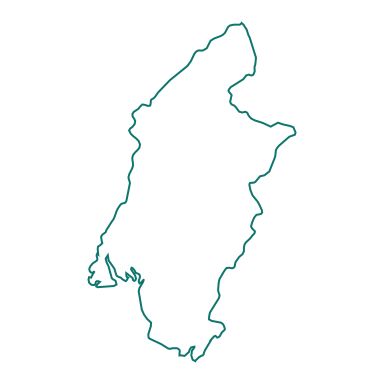 an SVG outline of Sud-Ouest
{"feature_id": "CMR-799", "entity_name": "Sud-Ouest", "entity_type": "Province", "adm_level": 1, "iso_a3": "CMR", "parent_name": "Cameroon", "parent_adm1": "", "projection": "albers", "projection_center": [9.217, 5.228], "detail": "fine", "context": "isolated", "style": "outline", "palette": "teal", "viewbox_px": 384, "rotation_deg": 0, "n_neighbors": 0, "source": "natural_earth", "source_scale": "10m", "svg_char_len": 4012}
<svg xmlns="http://www.w3.org/2000/svg" viewBox="0 0 384 384"><path d="M235.2,24.7L239.8,24.7L241.4,23.4L241.6,23.0L243.5,24.7L246.7,29.7L248.4,35.1L249.7,37.6L256.0,57.7L255.3,64.4L254.5,67.1L254.7,71.3L253.9,73.5L253.0,75.0L251.7,75.4L250.2,75.2L249.0,74.6L246.3,75.4L243.3,79.2L230.8,87.1L229.1,89.2L228.5,90.8L228.9,91.7L229.0,92.0L229.3,92.3L229.5,92.5L230.3,93.3L231.6,95.1L230.2,101.5L230.7,103.3L231.8,104.5L233.2,105.1L234.5,105.8L235.9,107.3L239.1,111.6L242.1,112.5L245.4,111.8L246.7,112.4L247.5,113.2L248.5,115.4L249.7,117.0L251.3,118.6L255.1,120.5L262.7,122.9L270.7,126.6L278.0,122.7L282.9,124.4L289.4,125.8L293.3,127.2L295.5,132.3L295.4,133.2L294.9,134.7L289.2,136.8L279.1,145.6L277.0,148.1L275.9,150.2L275.3,155.9L274.6,158.2L269.3,171.5L264.4,175.3L260.0,176.3L255.5,181.7L254.0,182.6L252.4,182.8L251.1,182.8L250.0,183.0L249.4,184.2L249.5,185.5L250.5,190.3L252.6,195.5L257.5,201.5L259.3,204.6L261.8,210.1L262.2,212.5L260.9,214.0L256.4,214.9L254.2,217.6L252.5,221.5L251.5,224.7L251.1,226.6L252.0,228.3L254.9,231.3L254.7,232.8L253.8,234.1L252.5,235.4L250.1,238.5L246.0,242.3L244.6,244.4L244.1,246.4L243.9,247.8L243.9,251.2L242.5,254.2L239.1,257.0L235.5,262.2L234.6,266.6L233.7,267.7L232.5,268.2L231.5,268.2L229.8,267.8L226.8,267.9L225.8,268.8L223.8,271.7L219.6,278.9L218.7,282.5L218.1,289.9L218.4,291.8L219.6,295.4L218.9,298.1L210.0,312.4L209.2,316.0L209.0,319.4L211.7,320.9L220.8,322.6L222.6,323.8L223.6,325.1L224.7,328.1L224.8,329.5L224.0,330.5L222.3,332.0L221.4,333.2L220.0,335.9L218.9,336.9L218.0,337.4L217.2,337.6L215.5,335.9L214.0,336.4L210.4,340.5L210.7,340.9L210.3,341.4L205.2,349.9L203.8,353.1L203.6,354.4L203.3,354.9L202.9,355.3L201.6,355.7L199.3,357.0L195.1,360.9L195.1,361.0L192.7,359.8L191.3,355.4L192.0,350.6L194.4,347.5L194.4,346.7L191.2,347.4L189.7,349.6L189.0,351.9L184.6,355.9L180.7,355.3L179.5,355.5L179.5,353.1L179.8,351.3L179.4,349.8L177.6,348.4L176.1,348.2L173.8,348.2L171.5,348.4L170.2,348.9L168.2,348.5L161.3,344.2L150.1,338.9L148.6,337.8L148.3,334.2L150.8,326.4L151.1,322.7L147.2,319.0L144.1,314.7L141.8,309.7L138.7,291.3L139.4,288.1L142.8,282.4L144.0,279.3L141.1,282.5L139.5,283.4L138.7,281.5L139.0,280.0L139.6,278.4L140.0,276.7L139.6,274.9L138.6,273.9L135.8,272.9L134.8,270.8L133.8,269.4L132.6,268.1L131.6,267.7L131.1,269.4L135.1,275.5L136.0,278.4L135.3,280.4L134.1,280.9L133.0,280.0L132.6,278.0L126.3,273.1L126.3,274.8L126.4,276.1L127.0,277.1L128.2,277.6L126.4,280.7L125.9,281.1L125.0,280.8L122.5,279.3L121.9,278.8L121.0,277.7L118.8,277.0L116.7,275.8L115.8,273.5L114.4,268.7L108.6,260.4L107.8,255.3L105.7,258.6L106.6,262.3L108.5,266.2L111.8,278.2L112.9,279.3L114.4,280.0L115.7,281.1L116.5,284.5L113.8,286.0L97.7,287.2L96.3,286.5L96.9,284.9L98.5,283.1L99.9,281.9L98.4,281.2L96.9,281.2L95.9,281.9L95.1,284.6L94.1,285.1L92.6,285.0L91.1,284.6L89.1,282.6L88.5,279.5L89.1,277.2L91.1,277.6L91.8,275.9L94.6,271.3L92.8,272.6L91.2,272.6L89.9,271.5L89.3,269.4L89.6,267.7L90.6,266.0L92.8,263.3L96.6,260.8L97.3,259.7L97.3,258.2L96.8,256.6L96.6,255.1L97.3,253.5L98.2,254.4L97.7,249.3L98.0,246.7L99.5,245.6L100.0,245.4L102.3,243.2L101.8,241.4L101.5,239.6L101.1,236.8L102.2,234.8L105.7,232.2L106.5,229.9L111.6,221.9L113.5,219.2L114.7,216.6L116.6,211.0L117.4,209.3L119.9,205.4L121.2,204.0L122.6,203.4L124.1,203.1L125.5,202.5L126.4,200.8L129.9,183.3L129.7,181.9L128.7,178.8L128.5,177.1L129.4,173.9L132.1,168.5L133.0,165.6L132.9,162.8L132.5,160.3L132.3,157.8L133.1,155.0L135.0,152.5L137.4,150.2L139.4,147.7L140.0,144.5L138.7,141.1L136.2,138.5L133.4,136.3L130.8,133.8L129.1,130.5L130.1,128.6L132.3,127.0L134.6,124.2L135.2,120.9L134.1,118.7L132.7,116.6L132.4,114.0L133.8,111.9L138.4,108.8L140.1,106.6L142.3,104.5L145.0,104.9L147.8,105.9L150.1,105.6L150.6,104.0L150.9,100.3L151.6,99.4L153.6,98.3L155.2,96.6L158.0,92.6L169.9,80.2L187.5,65.9L190.8,61.3L194.5,53.6L196.2,51.6L198.0,50.6L199.5,50.4L201.1,50.6L203.1,50.4L206.7,48.3L210.6,40.7L214.4,38.4L215.2,38.1L220.3,36.2L222.9,34.8L225.0,32.8L228.0,27.1L229.9,25.5L233.7,24.7L235.2,24.7Z" fill="none" stroke="#0f766e" stroke-width="2"/></svg>